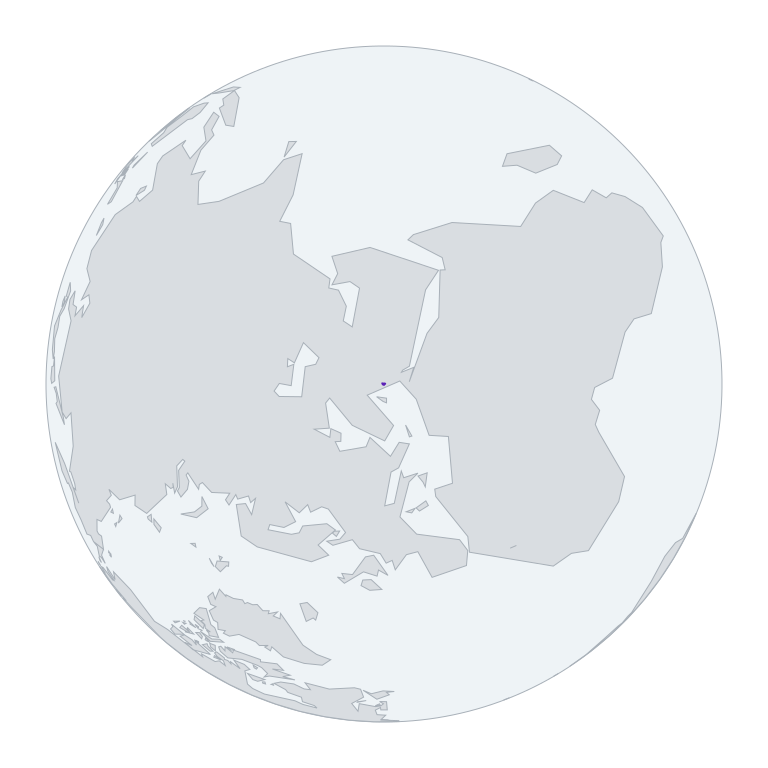 globe centered on An Nabatiyah, rotated 227°
{"feature_id": "LBN-3059", "entity_name": "An Nabatiyah", "entity_type": "Province", "adm_level": 1, "iso_a3": "LBN", "parent_name": "Lebanon", "parent_adm1": "", "projection": "orthographic", "projection_center": [35.465, 33.278], "detail": "medium", "context": "on_globe", "style": "filled", "palette": "violet", "viewbox_px": 768, "rotation_deg": 227, "n_neighbors": 0, "source": "natural_earth", "source_scale": "10m", "svg_char_len": 11040}
<svg xmlns="http://www.w3.org/2000/svg" viewBox="0 0 768 768"><g transform="rotate(227 384 384)"><circle cx="384" cy="384" r="338" fill="#eef3f6" stroke="#a8b0b8"/><path d="M342.8,48.6L351.6,47.8L391.4,47.1L405.7,47.1L401.2,47.7L429.4,49.1L431.4,49.4L444.6,51.6L425.3,48.7L421.8,48.6L436.6,50.7L436.2,51.2L443.1,52.8L441.2,53.4L425.8,51.9L424.3,52.6L434.9,54.2L439.7,56.6L424.3,53.9L431.1,58.1L406.5,58.4L367.0,54.3L352.1,58.3L308.2,65.3L311.1,66.5L296.2,71.2L293.9,74.7L286.4,75.9L291.1,77.8L298.4,76.2L302.9,76.7L302.2,78.9L292.5,80.4L291.5,79.5L288.3,81.2L283.7,81.2L285.6,82.4L273.9,84.6L284.4,85.9L274.2,90.6L266.7,91.2L269.1,86.6L257.6,79.5L250.8,80.3L238.8,85.1L213.1,102.8L204.9,106.2L192.7,114.0L196.4,113.7L207.3,107.7L211.2,110.0L224.1,103.3L227.6,103.6L240.1,99.4L236.5,105.2L226.1,113.5L215.5,117.6L210.6,121.7L219.3,122.5L198.2,135.9L182.0,155.2L176.7,158.7L168.9,155.5L172.4,142.5L162.4,141.8L167.1,147.9L153.8,157.8L150.8,162.2L150.5,165.5L154.8,164.2L149.9,169.2L143.4,164.1L147.8,159.4L149.8,160.8L151.4,155.2L146.9,153.4L140.6,159.4L140.6,153.1L136.0,157.6L133.5,159.2L140.7,152.2L127.7,165.2L126.7,165.0L143.6,146.5L161.9,129.3L181.5,113.5L202.1,99.2L223.8,86.5L246.3,75.4L269.7,66.0L293.6,58.4L318.0,52.6L342.8,48.6ZM50.9,327.4L48.3,346.2L47.5,373.7L47.3,390.2L46.8,395.3L47.9,404.3L48.0,409.3L57.3,444.7L66.5,471.9L69.2,489.0L67.4,497.2L76.5,524.1L66.9,500.8L59.1,476.9L53.1,452.5L48.9,427.7L46.6,402.6L46.1,377.5L47.6,352.3L50.9,327.4ZM416.0,47.7L408.0,47.0L415.9,47.6L416.0,47.7ZM444.4,52.9L446.8,53.1L449.4,54.0L444.4,52.9ZM241.3,96.6L240.7,98.0L238.6,98.0L241.3,96.6ZM247.3,93.7L245.4,92.8L247.9,91.3L249.1,91.9L247.3,93.7ZM448.9,56.0L452.2,57.7L446.1,55.6L448.9,56.0ZM249.1,95.3L252.7,88.9L257.3,86.5L265.4,86.8L249.1,95.3ZM452.4,58.5L460.8,63.6L466.9,64.1L454.4,66.1L451.4,60.7L442.9,57.8L449.9,59.0L452.4,58.5ZM301.0,74.8L293.2,76.6L300.3,73.2L301.0,74.8ZM304.5,72.6L319.9,63.1L331.1,62.1L323.6,65.2L338.6,62.9L336.5,67.0L327.8,69.2L321.0,68.8L325.3,70.8L304.5,72.6ZM446.1,66.8L445.8,68.2L443.2,66.5L446.1,66.8ZM305.2,76.7L307.3,74.6L317.2,73.4L314.7,77.5L312.3,76.5L305.2,76.7ZM343.6,60.6L350.4,60.8L350.6,64.1L353.3,64.8L337.4,67.0L343.6,60.6ZM309.8,77.9L313.2,79.7L308.0,82.3L303.8,78.7L309.8,77.9ZM320.8,71.6L325.3,71.4L322.0,72.7L320.8,71.6ZM291.3,93.8L293.6,90.7L298.9,89.8L291.3,93.8ZM314.8,80.2L316.6,79.3L319.0,78.8L320.1,80.6L314.8,80.2ZM338.6,69.4L337.2,71.0L345.1,68.6L345.5,71.5L334.8,72.6L339.6,73.3L339.8,74.2L330.9,74.3L338.6,69.4ZM328.4,80.9L314.9,84.2L309.4,89.7L304.5,90.6L314.2,81.5L328.4,80.9ZM330.6,76.9L328.1,79.5L323.3,79.0L322.0,76.9L330.6,76.9ZM349.7,73.1L351.8,68.4L354.0,68.4L349.7,73.1ZM327.7,82.5L331.0,81.7L327.9,83.0L327.7,82.5ZM344.0,76.0L344.4,74.2L347.0,74.2L344.0,76.0ZM337.2,81.9L332.8,82.8L331.8,81.3L337.2,81.9ZM341.1,79.2L344.5,79.7L334.1,80.2L340.8,78.4L341.1,79.2ZM346.4,76.2L348.0,75.7L345.8,77.0L346.4,76.2ZM343.5,87.5L330.6,88.6L328.4,85.0L341.2,84.4L343.5,87.5ZM137.9,475.4L122.7,419.9L132.3,405.6L135.4,383.6L202.7,331.8L215.3,341.3L266.4,345.1L272.5,349.4L264.7,366.4L301.7,395.3L315.7,382.0L350.9,397.2L375.4,397.6L387.3,364.1L347.1,362.7L341.9,345.7L375.4,332.6L410.8,334.7L409.9,328.3L389.0,313.9L398.6,302.1L381.9,308.0L387.6,314.7L377.3,319.0L371.5,313.3L375.1,309.0L364.9,305.8L350.3,328.1L354.5,337.3L326.7,339.4L331.0,355.3L322.9,361.7L312.7,337.5L314.8,329.1L294.4,301.4L289.7,310.1L308.6,337.3L302.0,334.5L295.7,348.0L295.3,335.6L275.9,305.0L251.9,305.5L218.6,333.1L205.1,331.7L195.0,320.5L209.8,287.3L238.3,294.4L243.9,284.0L240.4,265.5L249.4,269.7L251.5,263.4L262.5,265.6L280.2,253.8L291.7,254.7L300.9,236.6L308.1,234.9L300.6,245.9L301.6,254.6L330.5,258.0L336.7,254.7L340.3,242.9L347.8,245.9L347.6,234.2L365.3,231.3L343.6,225.5L347.3,213.0L359.1,204.6L356.5,199.8L337.2,213.8L333.0,220.5L335.6,227.7L320.8,246.9L310.4,248.9L311.2,226.0L296.5,226.8L303.5,209.7L351.3,180.2L370.2,175.9L396.6,193.8L391.0,201.2L378.7,198.1L388.0,212.1L388.2,205.6L394.5,208.5L399.6,198.5L404.2,200.2L401.2,188.1L407.4,189.1L409.3,196.7L422.2,184.0L435.8,184.0L436.5,180.4L433.4,176.6L452.8,179.9L452.4,177.2L445.9,175.0L441.0,168.4L439.8,158.4L446.6,160.0L447.9,163.8L460.9,174.9L463.4,185.7L466.1,185.4L465.5,176.6L449.7,162.9L447.0,156.5L455.5,161.9L452.2,159.4L453.0,156.8L460.2,156.0L451.3,149.8L451.2,122.2L465.0,119.0L472.5,126.2L479.6,111.7L494.6,111.0L488.6,108.7L487.9,101.5L483.2,101.4L480.3,99.9L476.3,83.5L480.7,81.7L472.2,73.9L469.1,73.0L465.4,73.7L454.4,66.1L466.9,64.1L473.3,66.2L476.8,64.4L490.9,69.7L504.2,74.0L517.5,82.3L526.9,85.7L527.2,84.7L540.1,89.3L565.6,103.8L543.6,96.2L505.0,79.5L520.7,86.2L516.8,86.3L522.1,89.9L533.2,95.0L534.7,94.5L550.5,114.3L576.4,135.4L575.5,127.9L583.0,129.5L611.7,151.5L643.6,198.2L654.0,204.5L660.0,212.0L662.8,221.7L654.2,210.8L649.9,211.6L644.6,204.5L646.2,217.7L638.7,208.2L643.7,224.0L650.5,229.0L651.9,220.2L659.4,239.0L671.0,245.4L681.1,261.2L691.2,303.0L688.4,324.7L690.0,330.9L684.3,329.7L683.6,347.0L699.7,368.5L701.7,377.7L697.4,405.4L696.0,399.0L681.0,395.8L683.2,419.6L694.7,427.4L698.9,444.8L692.2,445.9L687.4,431.2L682.0,429.4L679.9,409.6L668.6,385.8L661.6,398.5L658.7,386.8L642.2,370.4L630.1,387.9L613.2,433.0L616.5,463.5L608.3,481.2L584.3,446.5L574.1,418.7L565.1,425.2L540.8,406.4L497.7,416.2L491.9,409.1L483.7,414.7L466.6,409.5L457.9,397.2L447.4,399.7L470.8,431.5L482.1,429.0L492.0,413.6L496.3,425.4L512.9,433.0L493.4,466.9L430.0,501.4L424.5,478.6L379.7,414.7L381.4,407.1L381.2,406.3L380.7,404.7L375.9,417.1L368.4,404.0L391.7,450.0L395.3,469.4L429.1,502.8L425.8,506.6L436.8,512.8L473.1,499.8L473.2,507.4L455.7,543.9L406.0,591.4L413.0,618.2L410.2,639.9L380.2,654.1L384.0,668.7L368.6,673.5L368.4,681.0L356.7,688.1L336.8,693.4L301.8,689.2L298.7,683.0L279.8,667.5L253.2,627.5L261.1,611.3L257.6,595.8L232.4,555.1L237.8,535.7L231.3,525.2L217.7,523.8L210.3,510.9L202.2,508.2L152.3,496.8L137.9,475.4ZM177.9,364.3L175.6,370.7L177.9,364.3ZM447.6,354.4L469.2,353.3L460.6,332.9L468.2,331.0L462.5,325.1L459.9,331.5L446.1,315.0L455.8,307.8L453.8,298.8L446.4,298.8L430.8,315.1L450.4,338.2L445.0,347.5L447.6,354.4ZM54.6,308.7L53.4,314.1L53.6,313.1L54.6,308.7ZM71.0,256.6L71.3,256.0L69.0,261.9L70.0,259.1L71.0,256.6ZM154.2,158.1L154.5,158.7L153.1,162.6L151.6,162.2L154.2,158.1ZM160.2,174.0L152.1,181.8L156.8,175.5L153.1,175.9L158.3,163.8L174.3,159.8L166.1,163.5L160.2,174.0ZM169.7,147.8L164.6,155.1L169.5,147.3L169.7,147.8ZM252.2,229.7L255.1,234.8L249.7,241.2L235.2,242.3L242.8,232.9L252.2,229.7ZM260.6,240.9L265.3,219.1L274.6,218.3L268.6,222.3L274.2,224.0L266.1,231.0L270.2,252.5L265.8,259.7L241.3,256.4L251.7,253.1L248.2,247.9L260.6,240.9ZM261.2,172.6L263.4,165.2L280.6,172.6L276.6,178.8L261.8,179.7L257.9,173.0L261.2,172.6ZM262.7,98.0L262.5,96.2L265.1,95.5L267.6,96.6L262.7,98.0ZM292.0,92.5L266.7,105.7L265.1,104.2L252.3,114.9L243.1,115.2L251.7,108.0L235.0,116.8L239.1,110.4L228.3,117.1L248.5,101.1L251.5,96.5L251.6,101.4L260.0,101.1L264.5,99.6L279.6,92.2L290.2,83.0L300.2,82.0L304.5,83.8L303.5,85.8L297.3,85.7L300.3,88.6L290.6,90.0L292.0,92.5ZM348.4,116.8L341.7,113.8L346.2,123.7L336.5,123.5L337.6,124.7L329.9,127.6L322.5,133.3L318.3,132.4L317.3,135.1L312.1,137.4L309.2,140.9L300.8,140.8L296.5,145.3L294.9,142.7L289.9,150.7L289.9,144.8L283.2,147.8L286.8,151.9L248.3,146.6L232.2,150.3L218.7,157.0L220.4,147.1L234.1,135.1L253.0,124.3L268.3,122.7L266.3,119.0L273.0,117.4L271.8,121.0L277.7,114.5L282.9,114.3L299.7,107.2L305.0,99.0L311.3,96.6L311.8,99.7L317.7,95.3L323.0,99.7L327.6,98.3L337.4,101.6L335.7,109.2L341.0,107.0L348.7,110.1L348.4,116.8ZM346.0,88.6L346.2,96.6L341.0,100.8L326.1,93.3L321.2,94.0L311.5,90.2L319.2,84.5L321.3,86.0L325.1,86.2L321.1,87.9L327.2,86.7L330.2,88.9L335.7,88.8L334.3,91.3L346.0,88.6ZM280.6,344.0L285.5,345.6L293.5,346.1L289.6,355.0L280.6,344.0ZM266.9,323.3L271.5,323.0L270.0,334.9L264.9,333.6L266.9,323.3ZM275.4,313.1L271.9,322.0L270.8,316.4L275.4,313.1ZM305.0,245.2L310.1,244.6L310.1,247.4L306.7,251.3L305.0,245.2ZM359.7,149.1L356.7,146.0L358.5,144.8L358.3,136.3L365.5,136.1L368.4,141.2L359.7,149.1ZM379.7,369.9L371.9,376.2L368.5,373.0L371.9,371.4L379.7,369.9ZM328.0,366.5L339.3,371.8L326.9,368.9L328.0,366.5ZM367.5,147.5L366.6,143.9L370.7,146.1L367.5,147.5ZM370.7,135.7L375.8,137.4L366.3,135.2L370.7,135.7ZM507.2,698.2L508.8,697.9L503.7,699.8L507.2,698.2ZM468.5,631.0L445.8,667.8L429.7,669.5L426.4,660.4L434.7,638.8L453.3,630.5L462.4,619.1L468.5,631.0ZM715.1,451.4L715.1,451.6L715.1,451.3L715.1,451.4ZM714.7,452.3L716.0,447.0L713.9,456.1L714.7,452.3ZM713.5,456.2L703.9,476.5L699.1,481.0L701.0,474.3L708.8,462.6L713.5,456.2ZM700.6,474.8L692.2,473.3L674.8,449.8L681.2,444.8L698.1,451.8L697.2,457.0L702.4,460.5L700.6,474.8ZM717.7,420.0L716.6,433.7L712.1,444.0L709.6,447.1L708.0,434.7L709.0,424.6L711.3,420.6L715.9,376.6L718.4,377.6L718.0,394.3L719.7,400.4L717.7,420.0ZM618.1,465.7L626.2,479.7L621.2,485.3L618.1,465.7ZM714.5,350.6L714.8,369.3L713.5,347.2L714.5,350.6ZM711.8,331.9L713.4,337.6L711.3,334.4L711.8,331.9ZM693.0,339.4L690.8,345.2L689.1,341.0L691.0,331.1L693.0,339.4ZM688.8,274.9L694.7,287.4L696.3,292.4L692.4,287.0L688.8,274.9ZM427.5,146.7L419.7,158.2L418.9,167.5L425.9,174.1L412.7,170.3L414.0,155.8L427.5,146.7ZM447.5,124.8L441.3,120.0L446.1,119.4L448.2,120.4L447.5,124.8ZM442.3,123.7L430.8,123.0L428.7,118.7L438.2,120.0L442.3,123.7ZM399.1,134.0L396.3,137.2L393.0,135.2L399.1,134.0ZM720.1,418.6L720.5,411.5L719.1,427.4L718.5,430.1L719.2,419.4L720.3,401.5L720.8,392.3L721.8,377.7L720.5,399.9L720.8,405.6L721.7,393.9L720.9,406.2L720.7,412.6L720.1,418.6ZM720.3,356.7L718.6,351.4L718.6,360.0L717.0,336.3L719.2,345.2L720.3,356.7ZM716.4,338.3L716.6,346.2L715.3,333.4L716.4,338.3ZM715.7,343.8L714.0,337.1L714.8,334.7L715.7,343.8ZM716.6,336.4L713.9,323.4L715.7,328.9L716.6,336.4ZM709.4,322.6L713.8,327.1L710.9,331.5L703.3,308.9L704.0,304.3L709.4,322.6ZM665.9,210.9L661.6,205.8L660.1,201.0L663.5,205.7L665.9,210.9ZM651.2,182.7L658.3,198.1L663.2,211.7L665.1,211.8L672.4,223.9L665.8,218.3L657.2,201.4L654.7,193.1L647.6,184.0L641.7,174.1L632.6,165.2L627.9,159.1L635.3,164.9L651.2,182.7ZM628.8,161.8L610.9,145.4L611.1,141.4L615.1,144.0L623.2,153.0L622.6,154.6L628.8,161.8ZM606.6,140.5L605.8,142.1L577.9,126.5L572.1,122.5L593.5,130.9L593.9,133.0L600.7,137.9L606.6,140.5ZM449.5,68.6L446.2,68.2L448.4,67.6L449.5,68.6ZM477.7,100.1L474.0,97.9L476.7,96.9L477.7,100.1ZM465.4,91.5L464.9,94.2L462.7,90.6L465.4,91.5ZM464.2,100.6L463.4,94.9L468.2,101.4L464.2,100.6Z" fill="#d9dde1" stroke="#a8b0b8" stroke-width="1"/><path d="M384.7,384.2L384.4,384.0L384.3,384.3L384.3,384.6L384.2,384.8L384.1,385.0L383.9,385.1L383.7,385.2L383.4,385.3L383.3,385.2L383.2,385.1L383.1,384.9L383.2,384.7L383.3,384.6L383.5,384.4L383.8,384.1L383.8,383.9L383.7,383.8L383.4,383.7L383.2,383.5L383.3,383.4L383.5,383.4L383.6,383.1L383.7,382.9L383.8,382.9L383.7,382.9L383.8,382.8L384.0,382.8L384.2,382.7L384.3,382.7L384.3,382.9L384.3,383.3L384.4,383.6L384.4,383.4L384.5,383.4L384.7,383.2L384.8,383.2L385.0,383.1L385.1,382.9L385.3,382.8L385.5,382.9L385.5,383.0L385.8,383.1L385.7,383.3L385.6,383.5L385.4,383.7L385.2,383.7L385.0,383.9L384.9,384.0L384.7,384.2L384.7,384.2Z" fill="#8b5cf6" stroke="#5b21b6" stroke-width="1.5"/></g></svg>